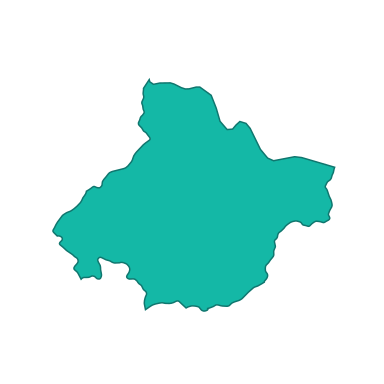 an SVG outline of Toplicki, rotated 166°
{"feature_id": "SRB-835", "entity_name": "Toplicki", "entity_type": "District", "adm_level": 1, "iso_a3": "SRB", "parent_name": "Republic of Serbia", "parent_adm1": "", "projection": "mercator", "projection_center": [21.443, 43.114], "detail": "fine", "context": "isolated", "style": "filled", "palette": "teal", "viewbox_px": 384, "rotation_deg": 166, "n_neighbors": 0, "source": "natural_earth", "source_scale": "10m", "svg_char_len": 5474}
<svg xmlns="http://www.w3.org/2000/svg" viewBox="0 0 384 384"><g transform="rotate(166 192 192)"><path d="M73.5,196.7L47.6,181.5L48.5,180.1L50.2,176.6L52.0,174.4L53.4,171.9L54.1,171.1L55.1,170.3L57.4,169.4L58.0,169.1L58.7,168.5L61.2,165.5L61.4,165.0L61.5,164.2L61.3,163.7L60.7,162.3L60.4,161.1L60.3,159.9L59.9,154.7L59.1,150.9L59.0,148.6L59.1,146.3L59.3,145.2L60.0,143.8L62.9,140.7L64.7,138.1L65.1,137.1L65.1,136.3L64.7,134.8L64.6,133.7L64.8,132.9L65.4,132.2L66.5,131.7L69.2,131.0L70.7,130.5L71.6,130.5L72.1,130.6L74.6,132.1L76.0,132.7L78.4,133.6L79.4,133.6L81.0,133.2L83.4,132.2L85.9,130.7L86.4,130.5L87.2,130.5L87.7,130.7L89.7,131.9L91.6,132.8L92.1,133.1L92.5,133.5L92.8,134.0L93.6,136.0L94.2,136.6L94.7,137.0L96.8,138.2L97.7,138.6L98.8,138.9L101.3,139.0L102.6,138.9L103.8,138.7L106.0,137.9L108.3,136.9L109.7,136.1L111.5,134.6L113.0,133.7L114.9,132.6L117.4,131.6L117.8,131.3L118.5,130.6L119.2,129.6L120.0,127.7L120.6,127.0L121.3,126.3L122.9,125.5L123.5,125.0L123.9,124.3L124.1,123.5L124.1,122.6L124.2,120.0L124.2,119.4L124.4,118.7L124.7,118.2L126.4,115.9L126.9,115.1L127.2,114.2L127.8,111.4L128.1,110.7L128.5,110.1L129.6,109.1L132.6,106.9L134.8,104.9L136.9,103.6L137.7,103.1L138.3,102.5L138.8,101.7L139.1,100.9L139.4,100.0L139.8,97.8L139.7,96.9L138.8,94.5L138.7,93.6L138.8,92.8L139.0,92.1L139.6,91.1L140.3,90.2L141.2,89.4L142.5,88.5L143.3,87.9L143.7,87.3L143.7,87.0L146.5,86.1L150.9,84.9L154.3,84.6L155.6,84.2L161.6,81.1L168.1,77.1L169.3,76.4L170.9,75.8L172.7,75.4L177.4,75.1L178.6,74.9L179.7,74.7L180.9,74.2L182.9,73.0L183.5,72.7L184.3,72.6L185.2,72.6L185.8,72.7L190.0,74.0L191.6,74.7L194.0,76.1L195.3,76.5L196.0,76.6L196.9,76.4L198.7,75.8L200.7,75.5L203.3,75.2L204.9,75.2L204.8,74.8L205.0,74.2L205.7,73.7L206.6,73.5L207.6,73.4L208.7,73.5L209.5,73.7L210.2,74.1L211.0,74.7L211.6,75.5L212.8,78.1L213.1,78.6L213.5,79.0L214.5,79.6L216.4,80.5L218.7,81.3L219.7,81.5L220.7,81.6L222.8,81.5L223.9,81.4L225.8,80.9L229.0,85.8L230.9,88.8L231.6,89.5L232.4,89.8L233.5,89.9L236.7,89.2L238.8,89.1L239.8,89.2L240.8,89.3L244.1,90.2L245.0,90.5L247.6,91.7L248.6,91.9L250.9,92.1L254.5,92.2L256.9,92.0L258.1,91.8L260.3,91.1L265.6,89.1L265.3,95.0L265.1,96.0L264.3,98.3L263.2,100.4L262.4,101.7L261.1,103.3L260.8,104.0L260.6,104.7L260.6,105.6L260.8,106.2L261.1,106.9L262.3,108.5L262.7,109.2L263.1,110.7L263.5,112.8L263.8,113.5L264.2,114.2L265.6,115.8L266.3,117.2L266.9,119.0L267.3,119.5L268.1,120.7L268.6,121.2L269.3,121.6L270.0,121.9L273.0,122.5L273.9,122.7L274.5,123.1L275.0,123.5L275.6,124.2L275.9,125.0L275.9,125.5L275.7,126.1L274.9,127.1L273.0,128.8L272.3,129.6L271.5,131.0L271.2,131.6L271.0,132.6L271.0,133.5L271.1,134.5L271.6,135.8L272.4,137.3L272.9,138.0L273.5,138.5L275.0,139.6L276.0,140.2L276.9,140.6L278.1,140.9L278.8,140.9L279.2,140.8L283.2,141.6L284.4,141.9L285.2,142.3L286.4,143.1L287.5,144.2L288.6,145.2L291.8,147.0L295.1,149.8L295.9,150.4L296.6,150.8L297.5,150.9L298.0,150.8L298.8,150.3L299.3,149.9L299.7,149.5L299.9,148.9L300.0,148.3L300.0,147.7L299.7,146.1L299.1,143.9L298.9,143.0L298.9,142.0L299.0,141.0L299.5,138.6L299.7,135.0L299.8,133.8L300.1,132.7L300.4,132.1L301.4,130.7L302.1,130.2L302.7,130.0L303.3,130.1L304.3,130.4L305.1,130.9L305.7,131.7L306.6,133.1L307.1,133.7L307.7,134.1L308.9,134.6L309.7,134.7L311.6,134.3L312.6,134.2L313.6,134.3L316.7,135.0L317.4,135.2L318.2,135.2L318.9,135.1L319.8,134.8L320.7,134.2L322.2,140.4L322.6,141.7L323.2,142.7L324.8,145.0L325.1,145.8L325.0,146.6L324.8,147.1L324.2,147.8L323.5,148.5L321.0,150.2L319.9,151.2L319.5,151.8L319.2,152.5L319.1,153.4L319.1,154.2L319.4,155.1L319.8,155.9L321.6,157.8L322.9,159.9L323.7,160.9L327.3,164.9L328.1,165.9L330.7,169.9L332.8,172.7L333.0,173.2L333.1,173.7L333.0,174.2L332.5,174.9L332.0,175.3L330.2,176.4L329.7,176.8L329.3,177.5L329.1,178.3L329.2,179.2L329.7,180.1L330.6,180.9L331.3,181.4L332.2,181.7L333.0,182.0L333.4,181.9L335.1,184.7L336.1,186.4L336.3,187.3L336.4,187.7L336.0,188.6L333.9,190.8L331.9,193.2L329.7,195.4L323.6,200.4L322.5,201.0L318.9,202.2L317.9,202.4L314.6,202.8L313.0,203.3L310.7,204.2L307.1,206.0L303.3,208.4L302.4,209.1L301.1,210.4L299.2,212.8L297.3,214.4L295.8,215.8L294.7,217.3L294.3,218.3L291.3,219.2L288.7,220.2L287.4,220.8L286.8,221.0L286.2,221.1L285.8,221.1L285.3,220.9L283.2,219.3L281.8,218.7L281.2,218.5L280.4,218.5L279.8,218.7L278.7,219.4L278.2,219.8L277.7,220.4L277.4,221.1L276.5,223.5L276.0,224.1L275.5,224.6L274.4,225.6L271.6,227.6L268.8,229.8L267.8,230.4L267.1,230.7L266.3,230.9L265.1,231.1L263.8,231.2L253.1,231.2L251.8,231.3L250.5,231.5L249.2,232.1L247.8,232.8L247.0,233.4L243.6,235.9L242.9,236.6L242.2,237.4L240.4,240.2L239.7,241.2L237.9,242.9L236.2,244.2L227.8,249.6L225.0,250.9L220.8,252.6L220.2,253.0L219.9,253.4L219.7,254.0L219.8,254.6L220.0,255.5L221.0,257.7L222.1,260.4L222.6,261.1L224.1,262.7L224.4,263.3L225.1,265.7L225.4,266.5L227.0,269.2L227.4,270.1L227.5,270.9L227.3,271.8L227.1,272.3L225.4,274.4L224.9,275.2L224.1,276.6L223.6,277.1L223.1,277.6L221.6,278.4L220.6,279.2L219.6,280.1L219.1,280.9L219.0,281.5L219.0,282.0L219.3,283.8L219.3,284.6L219.0,287.3L219.0,288.2L219.2,289.9L219.1,290.7L218.7,291.7L216.4,294.6L215.9,295.6L215.7,296.5L215.7,298.7L215.5,299.7L214.1,303.6L214.0,304.3L206.3,311.4L206.3,309.1L203.3,305.8L196.8,305.5L186.6,303.1L183.3,301.1L177.1,295.8L173.6,293.6L170.0,292.8L162.5,292.8L159.0,291.9L150.0,281.2L148.2,267.4L147.7,253.8L142.8,244.1L137.4,243.2L133.0,246.4L128.5,248.8L123.0,245.5L120.2,239.7L115.3,216.8L110.4,206.6L105.3,202.6L83.9,201.4L77.3,198.9L73.5,196.7Z" fill="#14b8a6" stroke="#0f766e" stroke-width="1.5"/></g></svg>